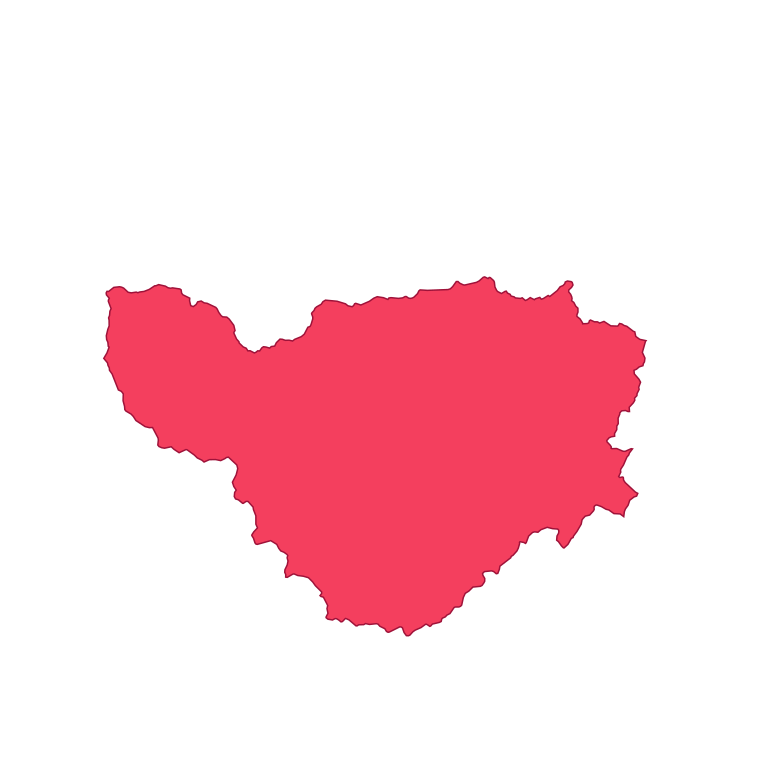 Cajatambo, Lima, Peru (orthographic projection), rotated 43°
{"feature_id": "86281439B2149944224824", "entity_name": "Cajatambo", "entity_type": "district", "adm_level": 2, "iso_a3": "PER", "parent_name": "Peru", "parent_adm1": "Lima", "projection": "orthographic", "projection_center": [-77.034, -10.486], "detail": "fine", "context": "isolated", "style": "filled", "palette": "rose", "viewbox_px": 768, "rotation_deg": 43, "n_neighbors": 0, "source": "geoboundaries", "source_scale": "gbopen_adm2", "svg_char_len": 6170}
<svg xmlns="http://www.w3.org/2000/svg" viewBox="0 0 768 768"><g transform="rotate(43 384 384)"><path d="M282.7,381.0L283.1,382.0L286.2,383.6L287.5,385.0L290.1,390.3L290.7,392.3L289.6,394.4L291.7,401.9L291.2,405.8L288.2,412.3L287.8,414.9L284.7,416.7L282.0,419.4L279.2,420.6L277.3,422.1L277.1,427.2L278.2,430.8L276.0,433.5L275.9,435.7L272.4,437.5L270.4,439.0L270.0,440.9L270.5,444.6L269.0,445.9L268.7,448.1L268.0,449.7L263.4,451.0L261.8,452.6L258.8,451.8L255.8,452.9L250.2,452.8L249.0,452.0L245.6,451.7L239.6,449.2L239.0,448.6L238.6,446.5L234.1,443.5L226.5,442.1L223.4,442.3L220.2,444.9L218.2,445.1L214.3,444.3L210.7,442.9L208.7,442.7L199.6,445.6L197.2,447.3L193.7,448.0L191.7,451.0L192.4,454.0L191.7,457.5L189.2,458.5L185.0,455.7L183.4,453.7L176.1,455.9L174.1,455.6L171.4,453.5L169.9,453.7L163.8,457.9L162.5,459.6L160.4,460.9L157.4,461.5L151.4,465.0L150.2,467.7L149.3,468.6L147.8,474.9L145.4,479.9L142.6,483.3L141.7,485.1L140.1,485.8L137.0,489.7L134.3,491.4L128.2,491.4L126.1,492.1L124.3,493.2L120.5,497.6L119.5,504.1L118.2,505.1L118.7,506.9L120.2,508.1L124.6,508.7L125.2,510.6L126.1,511.6L133.0,515.0L133.9,517.7L136.5,521.0L137.5,523.5L139.4,524.8L143.4,529.0L144.7,532.3L148.0,538.1L150.9,540.7L153.6,541.8L156.6,544.5L157.8,544.5L160.2,550.2L161.6,556.4L167.3,557.1L169.6,558.7L172.0,559.5L173.9,561.2L178.3,562.1L193.8,569.5L196.9,568.5L200.0,569.0L204.6,574.2L209.5,577.3L211.9,579.5L213.7,579.8L219.5,578.5L222.8,578.7L227.5,579.9L238.3,578.1L242.1,576.0L244.4,573.7L255.6,577.6L257.2,578.9L260.2,582.9L262.1,583.2L264.9,582.2L267.3,580.6L271.2,575.0L275.0,575.0L281.0,574.0L283.9,567.0L284.9,566.4L293.7,565.3L297.9,565.4L302.8,563.9L305.6,563.8L307.9,558.4L312.4,554.1L316.8,551.4L318.5,547.2L318.9,545.2L320.1,543.6L331.6,543.6L334.7,545.6L335.8,547.5L337.9,551.4L340.1,559.2L344.1,561.4L348.3,562.4L348.7,565.1L351.2,568.4L353.8,569.3L356.5,568.0L361.9,567.7L362.5,567.2L363.2,563.9L364.7,562.6L372.2,563.3L374.2,564.9L380.2,567.8L385.9,573.9L389.6,575.5L389.6,580.9L390.2,584.3L390.7,585.0L393.7,585.8L398.0,588.2L399.5,588.4L400.7,587.7L408.0,575.8L415.0,574.4L419.2,576.0L422.3,576.5L425.5,575.3L429.2,574.8L430.5,575.0L431.7,577.2L434.5,578.9L436.6,582.3L438.2,587.4L439.8,589.4L442.1,590.4L443.8,592.3L445.1,591.4L447.0,585.2L447.8,584.2L451.5,582.9L456.1,579.6L460.8,577.2L466.9,577.4L471.3,578.3L480.2,578.6L481.3,579.9L481.5,582.4L482.8,582.4L484.6,581.4L485.6,581.4L493.9,584.4L495.5,587.2L499.4,589.9L500.5,593.8L501.0,594.4L503.3,594.3L507.3,591.7L508.2,589.0L509.2,588.1L511.5,587.5L514.8,587.3L515.6,586.1L515.7,581.8L516.1,581.5L519.2,580.4L528.4,580.0L529.3,579.2L529.7,577.4L533.3,573.8L533.9,571.8L537.3,569.8L541.9,564.5L543.4,563.7L546.2,564.0L551.5,562.4L554.6,563.3L556.3,562.8L557.1,561.7L561.1,551.0L562.0,550.1L563.7,549.7L568.2,552.1L572.0,552.8L573.6,551.4L574.2,550.0L574.1,545.6L574.7,542.7L577.2,536.9L578.2,531.7L578.5,531.0L579.7,530.5L582.8,530.0L583.2,529.1L583.1,526.6L587.1,520.6L587.8,518.7L586.6,516.7L586.4,515.5L587.7,512.4L587.6,510.2L588.8,506.9L587.7,499.6L588.2,498.5L590.9,495.9L591.6,494.3L591.6,492.7L587.6,486.0L586.2,481.7L587.3,477.6L587.5,471.9L592.5,466.2L593.1,464.4L592.7,461.5L592.2,459.6L590.3,457.5L586.7,456.4L585.3,455.3L585.4,452.7L590.1,447.3L592.0,446.4L595.5,446.2L596.4,444.9L594.8,440.9L593.0,438.2L595.2,424.6L594.6,423.3L595.2,421.3L595.1,415.5L594.2,412.5L592.0,408.2L591.1,407.4L591.0,406.6L594.4,404.5L596.2,404.1L596.2,403.0L593.5,396.6L593.9,391.2L595.0,389.4L597.7,387.4L598.1,383.6L601.1,377.5L606.0,374.8L610.0,371.6L611.4,371.8L612.3,372.5L613.4,374.0L614.2,377.2L616.8,380.5L619.0,380.3L624.3,381.4L626.9,381.5L627.5,381.1L627.9,375.9L626.3,369.2L627.0,367.3L626.3,366.0L625.7,360.3L623.8,352.0L621.5,348.3L621.3,346.5L621.3,343.4L623.8,339.6L623.7,333.8L623.2,332.3L621.7,331.0L621.2,329.8L621.4,328.4L622.2,327.3L626.6,325.4L631.8,324.2L634.3,322.8L640.5,322.0L645.3,318.0L649.8,317.5L646.9,313.5L645.8,310.8L645.2,306.2L643.0,301.4L643.9,296.1L645.2,293.7L644.2,290.9L641.6,291.6L627.6,291.6L624.8,290.9L622.7,289.1L621.7,289.5L620.3,291.5L618.8,291.7L617.2,286.8L616.4,286.5L615.2,284.7L614.4,280.0L611.5,271.8L611.4,269.0L610.5,267.0L610.0,262.0L608.9,262.7L606.3,268.8L604.6,270.2L598.2,272.5L594.7,275.9L593.9,276.1L593.1,275.0L591.3,274.5L586.6,274.2L585.5,273.5L585.3,269.9L586.2,267.7L588.3,264.9L586.4,263.0L585.4,258.7L582.9,255.9L582.4,253.3L578.5,249.3L577.0,245.3L576.1,244.2L576.1,241.7L576.7,240.9L578.7,238.7L581.3,237.7L582.3,236.7L579.2,233.8L579.2,227.7L578.5,224.8L576.9,223.5L576.9,220.0L575.6,218.4L574.3,214.0L572.5,212.7L570.4,207.7L567.1,206.6L560.2,205.9L557.5,203.5L558.6,200.9L559.0,197.4L560.9,194.0L559.8,192.2L559.4,190.2L557.2,187.1L551.4,184.7L546.2,174.6L546.1,173.6L540.6,176.9L535.7,177.5L531.8,174.8L530.5,175.4L522.2,176.2L519.6,177.5L517.0,177.9L515.0,179.1L515.5,181.7L515.2,182.5L510.2,186.8L502.2,188.2L500.1,192.4L497.8,192.9L495.5,195.0L491.4,196.4L491.1,197.6L492.1,199.7L491.4,201.2L488.2,204.5L487.6,203.9L483.0,202.7L479.1,203.0L478.0,202.0L476.8,199.1L474.1,196.3L471.2,196.3L467.3,194.9L464.4,195.1L463.3,193.3L461.8,192.2L459.3,191.1L456.3,190.7L455.0,189.2L455.3,185.5L454.7,182.7L452.3,181.3L451.0,181.5L447.9,183.6L447.0,185.8L447.8,187.3L447.8,189.8L446.5,192.8L447.0,197.4L445.6,206.9L443.7,207.3L442.2,212.9L441.2,214.7L438.9,214.4L436.6,218.5L436.5,219.8L432.0,221.1L431.3,224.6L430.4,226.5L426.3,226.7L425.4,228.4L421.3,231.5L419.7,231.5L417.0,233.0L415.1,232.4L412.3,233.3L410.1,232.7L409.4,233.6L408.2,237.7L404.0,238.9L402.5,238.7L399.0,237.4L395.2,234.2L393.6,233.6L389.2,233.7L388.3,234.3L388.2,235.9L384.6,237.0L383.8,238.3L383.3,243.7L382.3,246.6L375.6,256.5L374.4,257.4L370.7,258.6L368.2,258.6L367.0,259.8L367.8,266.0L367.6,269.2L366.4,271.3L351.9,285.9L346.2,290.6L346.0,292.2L346.9,295.0L346.7,299.9L346.1,301.8L345.0,303.3L343.5,304.4L340.7,304.8L339.8,305.6L338.9,308.3L336.2,311.5L330.2,316.1L328.9,317.8L329.2,319.5L324.8,321.2L319.5,324.8L318.0,328.2L316.9,333.5L313.2,342.0L308.3,344.3L307.8,345.4L308.3,347.3L308.0,349.2L304.3,351.4L301.2,351.6L293.2,355.5L284.0,362.6L283.2,365.4L283.7,368.5L282.1,373.5L281.9,375.7L282.7,377.9L282.7,381.0Z" fill="#f43f5e" stroke="#9f1239" stroke-width="1.5"/></g></svg>